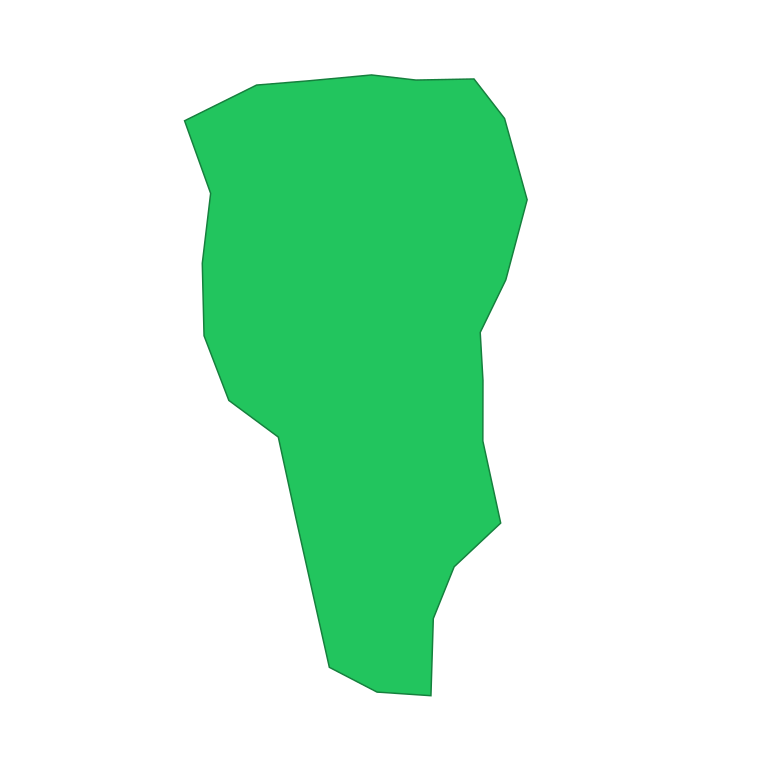 map outline of Attard (Robinson projection), rotated 81°
{"feature_id": "MLT-5920", "entity_name": "Attard", "entity_type": "state/province", "adm_level": 1, "iso_a3": "MLT", "parent_name": "Malta", "parent_adm1": "", "projection": "robinson", "projection_center": [14.431, 35.889], "detail": "fine", "context": "isolated", "style": "filled", "palette": "green", "viewbox_px": 768, "rotation_deg": 81, "n_neighbors": 0, "source": "natural_earth", "source_scale": "10m", "svg_char_len": 464}
<svg xmlns="http://www.w3.org/2000/svg" viewBox="0 0 768 768"><g transform="rotate(81 384 384)"><path d="M224.4,213.8L300.2,247.4L348.1,280.9L396.0,285.7L455.8,295.3L539.6,290.5L575.5,343.3L623.4,372.0L699.2,386.4L687.2,439.1L655.3,482.3L503.7,491.9L419.9,496.7L376.0,539.8L308.2,554.2L236.4,544.6L168.6,525.4L92.8,539.8L68.8,463.1L72.8,410.4L76.8,348.0L88.8,304.9L96.8,247.4L140.6,223.4L224.4,213.8Z" fill="#22c55e" stroke="#15803d" stroke-width="1.5"/></g></svg>